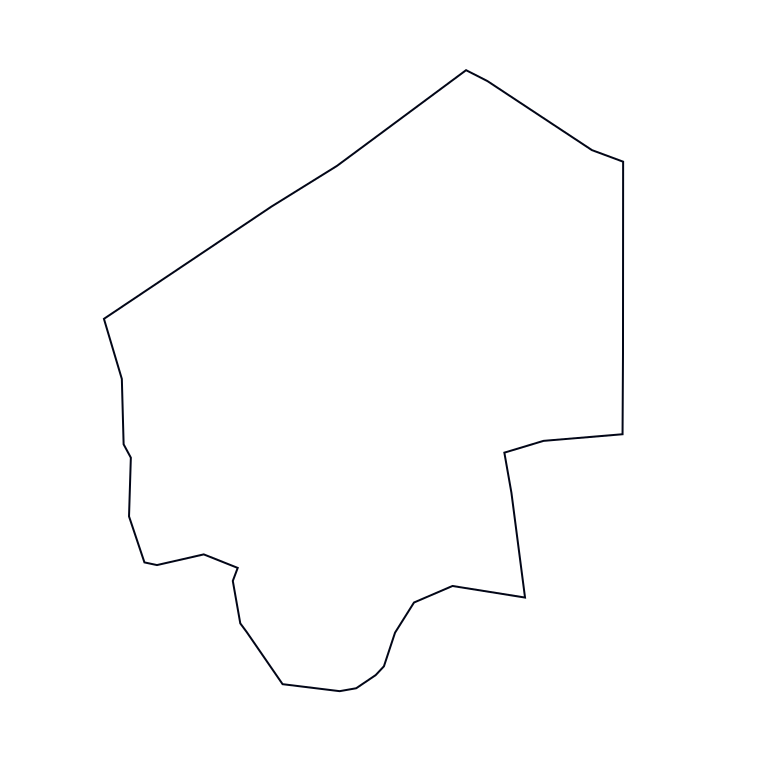 outline of Bay, rotated 170°
{"feature_id": "SOM-2313", "entity_name": "Bay", "entity_type": "Region", "adm_level": 1, "iso_a3": "SOM", "parent_name": "Somalia", "parent_adm1": "", "projection": "mercator", "projection_center": [43.708, 2.69], "detail": "fine", "context": "isolated", "style": "outline", "palette": "ink", "viewbox_px": 768, "rotation_deg": 170, "n_neighbors": 0, "source": "natural_earth", "source_scale": "10m", "svg_char_len": 582}
<svg xmlns="http://www.w3.org/2000/svg" viewBox="0 0 768 768"><g transform="rotate(170 384 384)"><path d="M481.0,89.2L536.0,106.0L562.3,163.6L567.1,173.2L567.1,216.3L560.0,228.3L591.1,247.5L639.0,245.1L650.9,249.9L658.1,297.9L646.1,355.4L650.9,369.8L641.3,434.5L648.5,496.8L464.2,578.2L392.4,607.0L330.1,638.1L248.7,678.8L229.6,664.4L138.6,578.2L109.9,561.4L136.2,412.9L143.4,372.2L157.8,293.1L236.8,300.3L277.4,295.5L277.4,254.7L282.2,149.2L351.7,173.2L392.4,163.6L416.3,137.2L433.1,106.0L442.7,98.8L464.2,89.2L481.0,89.2Z" fill="none" stroke="#020617" stroke-width="2"/></g></svg>